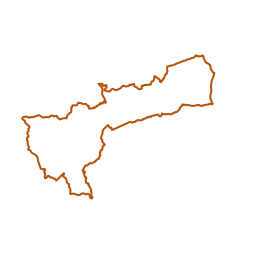 Araguaína, Tocantins, Brazil, rotated 158°
{"feature_id": "56859067B12286384319229", "entity_name": "Araguaína", "entity_type": "district", "adm_level": 2, "iso_a3": "BRA", "parent_name": "Brazil", "parent_adm1": "Tocantins", "projection": "orthographic", "projection_center": [-48.582, -7.252], "detail": "fine", "context": "isolated", "style": "outline", "palette": "amber", "viewbox_px": 256, "rotation_deg": 158, "n_neighbors": 0, "source": "geoboundaries", "source_scale": "gbopen_adm2", "svg_char_len": 5966}
<svg xmlns="http://www.w3.org/2000/svg" viewBox="0 0 256 256"><g transform="rotate(158 128 128)"><path d="M27.4,146.8L28.3,147.6L28.6,148.3L28.4,149.0L28.9,150.2L28.8,151.1L29.1,151.8L29.1,152.4L28.4,154.4L28.5,156.1L29.2,157.1L29.7,157.6L29.8,158.1L30.9,159.1L31.5,160.8L31.6,163.8L31.8,164.3L31.3,165.5L31.4,166.7L31.7,167.3L32.9,167.1L35.3,167.7L36.1,168.5L36.9,168.8L37.9,169.9L39.7,168.7L40.8,168.7L42.5,169.0L45.0,168.9L47.7,169.3L49.7,168.9L50.7,169.5L53.4,169.4L53.8,169.6L54.8,169.3L55.9,169.5L56.6,169.4L59.3,169.6L60.5,169.2L61.7,169.5L64.4,169.5L66.0,170.2L67.6,170.1L68.3,170.3L68.9,169.6L69.5,168.5L70.3,165.5L71.7,164.3L71.9,163.7L73.2,163.5L75.8,161.1L76.1,160.5L77.3,160.3L77.6,159.6L79.1,159.2L79.5,158.5L80.1,158.1L80.7,158.6L81.1,159.4L80.4,160.2L81.1,162.1L81.9,162.9L83.5,166.0L84.0,166.0L84.5,165.4L85.6,163.2L86.9,162.3L87.5,162.1L88.1,162.3L88.8,162.1L89.0,161.6L90.6,159.9L91.1,159.7L92.0,160.3L93.2,160.5L93.9,160.8L94.7,160.7L95.5,161.5L97.0,161.7L97.9,161.3L99.0,162.0L100.2,160.8L100.5,159.5L101.1,159.4L102.4,159.5L103.3,159.8L103.7,160.3L104.8,162.6L105.7,163.4L106.5,164.5L106.0,165.6L105.9,166.3L106.2,166.7L107.7,166.9L108.7,166.6L109.3,166.8L110.0,167.6L110.5,167.5L110.8,167.1L111.5,166.8L114.0,167.1L115.1,167.7L116.1,168.7L116.6,168.9L117.2,168.9L119.9,167.7L123.3,167.4L125.1,167.7L125.6,168.0L127.5,170.0L129.0,170.0L130.2,169.1L131.3,168.8L133.8,170.0L135.1,171.3L135.3,172.2L134.2,173.0L132.9,173.6L132.5,174.1L132.0,175.6L132.9,176.2L134.3,175.9L134.8,176.1L135.4,177.1L135.2,177.9L135.3,178.7L136.3,179.0L137.9,179.7L138.6,179.7L137.9,177.4L137.4,176.8L137.3,176.1L137.4,175.5L137.1,174.9L137.0,173.5L137.2,172.8L137.9,172.4L138.0,171.6L139.3,169.3L139.3,166.8L138.8,165.1L138.8,163.8L138.7,163.1L139.0,162.6L138.8,160.3L139.6,159.9L140.3,160.5L140.1,161.2L140.4,161.5L140.9,161.6L142.0,160.4L142.4,160.8L143.2,160.9L143.7,160.6L144.0,161.2L144.4,161.4L144.7,160.5L145.3,160.7L147.4,160.1L148.9,160.2L149.2,159.6L149.8,159.7L150.4,159.4L151.3,159.4L151.9,159.8L152.2,159.2L155.1,159.9L155.6,160.3L156.3,160.2L156.5,160.9L156.9,161.2L156.9,162.2L156.4,162.6L156.2,163.2L156.7,163.4L156.8,163.9L157.3,164.2L158.1,166.1L158.7,166.5L159.5,166.5L160.6,167.0L161.6,167.8L162.3,168.9L164.0,169.5L164.4,170.0L165.1,169.8L166.8,168.3L169.1,168.9L170.4,169.7L171.0,169.7L172.4,168.1L173.0,168.2L174.2,164.9L174.9,164.0L176.7,163.7L177.4,163.2L178.9,162.8L179.5,162.5L181.4,160.1L183.2,161.0L184.0,161.2L188.0,161.5L189.7,164.8L189.6,165.9L190.0,166.3L191.5,166.2L192.3,166.5L193.2,167.9L195.2,168.2L197.0,167.6L197.6,167.7L200.0,169.0L201.2,169.0L201.8,169.2L203.3,169.9L205.0,172.4L205.9,173.3L206.4,173.4L210.5,173.4L211.2,173.8L212.9,173.9L214.0,174.5L215.4,174.5L216.0,174.7L217.7,176.5L219.0,176.8L220.1,177.4L222.0,177.1L222.4,176.4L222.5,175.8L222.0,174.8L220.9,173.5L221.3,172.5L221.3,171.7L220.8,170.5L220.7,169.9L220.3,169.5L219.9,168.3L219.3,167.4L218.9,165.8L219.8,164.9L220.8,164.5L221.1,162.7L222.7,161.7L223.3,160.9L223.5,159.7L223.3,159.1L223.2,157.8L223.5,157.3L225.0,157.0L225.5,156.3L226.2,154.5L226.0,153.4L226.4,152.0L227.1,150.7L226.9,147.4L227.9,146.5L228.6,145.3L227.3,144.3L226.9,143.7L227.0,142.7L226.4,140.9L224.0,137.9L223.2,136.3L223.0,133.6L223.6,132.1L224.2,123.0L222.5,121.7L221.2,121.5L220.5,120.8L220.7,119.9L221.6,119.5L222.1,119.0L222.2,118.5L221.9,116.9L222.1,116.3L223.4,114.4L223.7,113.2L223.7,112.6L223.1,112.3L222.6,112.4L221.7,112.7L221.0,113.4L220.2,113.5L219.4,113.3L219.0,112.7L218.8,111.6L217.3,110.8L216.5,110.0L215.7,108.8L215.0,108.5L214.5,108.0L214.5,106.9L214.2,106.3L213.4,106.5L203.8,110.4L206.0,107.8L206.1,107.0L205.5,106.4L204.4,104.3L204.4,102.9L204.9,101.6L205.0,100.4L204.9,99.6L203.8,98.3L203.9,97.4L204.9,95.3L204.4,94.0L204.3,93.4L204.8,92.0L204.8,91.5L206.0,89.3L206.1,88.6L205.4,88.1L203.2,87.7L202.2,87.0L201.3,86.0L200.8,85.7L199.1,84.2L197.5,84.0L195.8,84.5L194.4,84.4L193.4,83.8L192.0,82.4L191.4,82.0L190.8,82.2L190.1,82.2L189.1,81.1L188.8,80.5L188.6,79.6L189.0,79.1L189.1,77.6L188.1,76.3L187.3,76.5L186.9,77.1L187.3,77.8L187.3,78.8L187.2,79.6L186.3,81.1L185.9,83.4L185.4,83.8L185.5,87.0L186.1,90.1L185.5,90.7L185.7,91.5L187.3,92.8L187.3,93.6L187.0,94.2L186.7,95.9L185.3,97.5L185.4,97.9L185.9,98.0L185.9,98.8L186.2,99.5L185.9,103.3L185.3,102.8L184.7,102.9L184.3,103.3L184.5,103.9L185.7,104.8L185.8,106.0L184.4,106.6L184.1,107.2L182.4,108.3L181.8,109.0L181.2,109.2L179.9,108.5L177.9,109.3L176.8,109.4L176.2,109.7L174.7,108.7L174.0,109.0L172.6,109.0L171.5,109.4L171.0,109.1L169.4,110.1L168.3,110.2L167.3,110.8L166.4,110.5L166.0,110.9L165.3,112.2L164.9,112.6L163.8,113.0L163.6,115.3L163.0,115.9L162.4,116.1L162.1,117.0L161.3,117.6L160.3,117.4L159.9,117.7L158.4,120.3L157.9,120.8L157.0,121.1L156.4,120.8L155.9,121.1L157.0,125.4L156.3,126.4L156.8,127.7L156.8,128.9L155.0,131.3L153.5,132.7L152.9,134.3L151.1,136.0L146.4,137.9L145.5,138.1L145.1,137.5L145.2,136.5L144.5,134.8L143.4,134.5L143.2,133.7L143.5,132.3L142.4,132.1L124.0,132.9L123.1,132.7L122.4,131.5L118.6,131.0L117.8,131.6L115.8,131.6L113.8,130.5L111.8,130.0L111.1,130.6L110.3,130.7L109.7,130.7L108.8,130.2L105.9,130.7L105.5,130.3L103.9,130.5L103.6,130.1L103.2,129.8L102.6,129.8L102.0,130.1L100.8,130.2L99.4,129.8L97.9,129.9L96.9,129.5L95.6,129.4L95.1,129.1L94.8,128.6L94.7,127.5L94.5,127.1L93.8,126.8L92.5,126.9L91.5,128.2L90.9,128.6L90.0,127.7L88.9,127.0L87.9,126.7L86.9,126.2L86.2,126.3L84.8,125.6L84.4,125.1L82.1,124.4L80.3,125.0L79.7,124.8L78.4,125.1L78.1,124.8L77.3,124.6L75.7,124.9L74.5,125.6L73.2,126.0L72.7,126.4L72.7,126.9L72.0,127.2L71.5,127.8L70.8,128.1L70.1,128.0L69.5,128.3L68.7,129.4L68.1,129.1L67.9,128.6L67.4,128.3L66.3,128.3L65.3,127.3L63.2,126.7L61.8,125.4L59.4,124.0L53.7,123.0L53.5,122.4L51.5,120.8L50.2,121.0L49.2,120.5L48.7,120.7L47.2,120.4L46.7,120.1L45.6,120.0L45.2,119.7L44.5,119.7L43.8,120.0L42.3,119.4L41.4,118.5L40.4,118.8L40.4,119.6L40.7,121.8L40.4,125.2L39.6,127.0L36.8,131.2L35.4,135.7L32.8,140.3L29.0,144.3L27.4,146.8Z" fill="none" stroke="#b45309" stroke-width="2"/></g></svg>